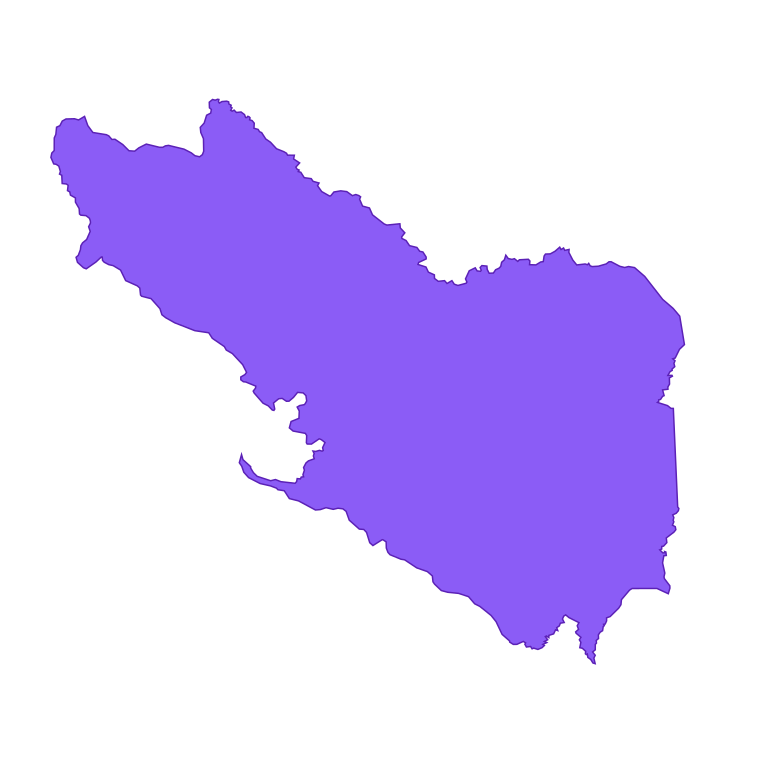 Norosi, Bolívar, Colombia, rotated 83°
{"feature_id": "7082276B10852217630154", "entity_name": "Norosi", "entity_type": "district", "adm_level": 2, "iso_a3": "COL", "parent_name": "Colombia", "parent_adm1": "Bolívar", "projection": "natural_earth1", "projection_center": [-74.124, 8.493], "detail": "fine", "context": "isolated", "style": "filled", "palette": "violet", "viewbox_px": 768, "rotation_deg": 83, "n_neighbors": 0, "source": "geoboundaries", "source_scale": "gbopen_adm2", "svg_char_len": 6118}
<svg xmlns="http://www.w3.org/2000/svg" viewBox="0 0 768 768"><g transform="rotate(83 384 384)"><path d="M81.9,648.6L84.7,655.0L83.0,658.9L82.2,667.4L83.8,671.3L88.1,674.2L89.2,677.7L96.3,679.3L99.6,681.3L112.1,682.9L114.3,685.6L118.5,687.0L125.3,685.0L126.0,682.6L128.1,680.2L133.7,679.3L136.1,680.5L137.6,678.4L145.8,679.0L146.8,674.8L148.3,673.3L153.5,674.6L155.0,672.5L158.3,672.2L161.7,667.6L165.9,668.1L172.7,665.2L178.2,665.5L179.5,664.3L180.6,659.2L183.6,656.2L186.3,655.6L188.4,655.7L191.9,658.0L196.7,657.0L204.3,661.5L207.2,666.0L209.8,668.0L213.8,669.0L219.1,671.8L220.7,674.2L225.9,673.4L232.0,668.1L233.4,665.5L227.8,655.0L223.5,649.1L223.7,648.2L227.0,648.3L229.0,646.9L232.0,642.6L233.5,638.4L238.8,631.6L249.9,627.8L256.5,616.9L259.0,614.7L266.0,614.8L267.4,613.8L270.9,604.8L281.9,597.2L288.2,596.0L291.7,592.5L297.8,584.2L308.0,565.3L311.8,551.7L317.8,548.8L327.4,537.9L331.1,536.4L335.3,530.8L347.6,521.9L355.7,519.0L357.7,520.9L359.6,525.3L362.4,525.6L364.6,523.3L365.2,520.9L370.5,511.5L372.4,512.0L375.1,514.7L377.1,514.0L388.3,506.4L391.6,501.5L396.2,498.1L396.8,496.5L395.6,495.5L389.4,496.0L385.8,490.3L385.9,486.8L389.2,483.0L389.5,480.4L386.3,475.5L381.8,470.8L383.0,465.3L386.0,462.9L391.4,462.8L393.9,464.6L394.8,465.7L395.1,470.3L396.3,473.0L400.5,471.4L407.7,472.6L409.9,480.8L416.0,483.3L419.6,480.0L423.4,468.1L425.7,467.0L432.8,468.2L434.2,467.6L434.8,463.3L430.5,455.0L431.6,453.0L434.9,449.7L439.7,452.7L442.6,452.4L443.1,453.7L442.0,456.1L442.6,460.0L441.9,462.7L444.5,461.8L446.8,462.9L449.7,462.3L451.1,468.4L452.8,471.0L457.1,474.0L459.8,473.5L464.1,475.5L466.3,475.1L466.3,477.5L468.0,478.5L467.3,481.7L470.2,482.6L471.7,484.3L468.4,498.2L465.6,503.4L466.2,508.3L460.2,521.1L456.1,524.4L451.2,526.6L449.8,526.4L441.9,533.2L436.7,534.0L444.5,537.2L448.4,535.2L454.5,533.9L460.4,529.8L467.7,519.1L471.3,509.1L474.3,503.4L476.0,502.2L477.8,496.0L486.2,491.9L489.6,483.1L500.7,467.4L500.9,462.5L499.7,456.6L502.2,449.7L501.7,444.8L502.9,440.0L505.8,437.1L514.9,435.1L525.0,426.2L525.9,421.8L529.2,419.4L539.8,417.5L543.0,414.7L538.3,404.7L538.7,403.7L541.0,401.1L547.1,401.7L551.6,400.6L554.2,398.8L560.0,388.5L561.0,385.0L570.5,373.9L575.5,363.8L580.4,359.4L586.3,359.5L588.8,358.2L596.0,352.3L598.5,346.1L600.9,335.5L605.4,326.0L613.2,320.8L616.4,316.0L626.8,305.9L633.6,301.7L646.9,297.3L654.3,290.7L655.5,290.7L658.2,287.4L658.6,283.8L656.5,277.1L658.2,275.0L659.5,275.9L662.4,274.7L662.4,270.5L664.9,269.3L664.4,267.6L666.2,263.6L665.0,259.3L663.1,256.7L661.8,258.1L660.5,254.0L659.1,256.2L657.8,252.7L654.4,254.7L653.9,253.5L655.8,251.3L653.6,251.0L652.7,246.1L648.9,243.7L649.9,241.6L646.9,242.3L645.5,239.5L642.9,238.1L642.7,234.2L639.0,235.5L636.3,233.9L635.3,231.8L638.4,228.9L644.6,219.6L647.5,221.7L651.2,220.8L653.4,224.0L654.8,223.7L659.4,219.4L661.7,221.3L664.3,220.1L669.6,221.8L670.5,219.3L673.9,216.4L676.3,217.0L677.2,216.2L676.8,215.1L680.2,215.0L682.6,212.4L686.4,210.6L687.3,208.5L681.6,209.1L679.0,207.4L675.4,209.6L673.6,206.7L668.2,206.0L667.1,204.7L664.4,204.6L662.8,202.1L659.1,201.8L656.7,199.7L655.5,197.1L651.5,196.0L650.7,194.8L649.3,195.3L649.2,193.7L646.2,191.9L643.2,191.6L642.4,187.9L635.1,178.4L631.9,175.7L627.0,174.6L618.5,165.4L617.2,162.7L620.2,138.0L626.8,127.4L621.5,125.1L619.1,124.9L611.4,129.4L609.6,129.6L605.9,128.3L595.5,129.3L588.6,127.2L588.6,124.7L585.1,124.7L584.5,125.9L585.7,125.8L585.6,127.8L582.2,130.5L581.7,128.5L579.1,128.1L579.0,126.3L575.9,122.6L571.2,122.6L566.3,114.2L564.2,112.1L561.1,112.3L559.3,114.9L556.1,113.1L554.5,113.6L551.9,112.6L549.1,113.4L547.9,109.7L545.7,107.3L543.5,106.5L541.8,107.5L443.5,99.8L443.1,102.2L440.0,105.2L435.6,114.8L434.7,113.4L433.2,113.3L433.0,111.4L430.2,109.0L429.7,107.4L423.8,108.2L423.8,102.8L421.5,102.6L418.9,100.6L412.7,100.0L411.4,96.8L410.5,97.1L410.1,101.2L406.6,98.6L405.6,96.3L404.3,96.3L402.2,93.3L398.8,93.7L396.4,92.3L394.2,94.3L393.7,91.8L385.6,86.5L381.5,81.0L352.7,82.2L344.2,87.8L334.0,97.1L309.0,112.1L299.0,121.1L297.2,127.0L297.7,130.9L295.9,135.6L290.3,143.7L290.1,145.8L291.9,148.8L293.2,156.9L292.8,163.1L291.8,165.0L289.2,166.1L290.4,167.5L289.4,169.7L289.3,178.2L284.0,181.5L275.9,184.5L273.0,183.9L273.4,188.3L270.9,189.2L272.1,191.9L269.6,192.9L273.1,198.1L275.1,203.1L274.7,207.9L276.5,209.5L281.9,211.0L282.0,213.7L284.3,218.7L283.3,225.0L279.7,224.2L277.8,225.5L277.2,234.5L278.6,236.3L275.5,239.3L275.9,241.8L274.6,245.4L271.0,247.4L275.4,249.4L277.5,252.4L281.5,253.8L283.1,255.8L284.2,259.3L287.2,261.9L286.9,266.1L282.9,267.6L279.5,267.5L278.4,272.4L280.1,274.4L282.9,273.6L283.9,274.5L283.1,277.8L279.8,279.3L282.0,285.6L289.6,290.3L292.9,289.3L294.0,290.2L295.2,298.6L293.5,302.1L289.7,304.0L291.9,309.2L288.8,311.3L288.7,317.6L285.4,321.0L281.8,320.7L278.4,326.3L273.0,328.1L269.5,335.7L267.6,334.8L265.0,326.9L263.1,326.7L257.7,329.3L256.6,332.4L252.5,334.7L249.8,341.8L244.3,344.6L241.7,348.5L240.1,348.5L236.5,344.9L231.1,348.8L226.9,348.7L226.6,361.8L225.2,364.3L214.7,374.8L207.5,377.0L204.8,383.6L197.6,385.7L195.4,384.4L193.9,386.0L192.5,388.9L193.2,392.4L188.5,397.5L187.0,403.4L187.3,410.3L190.7,413.9L190.8,415.1L185.4,422.4L179.1,425.8L176.6,424.0L174.2,429.7L171.3,431.2L169.5,438.0L163.7,440.8L162.7,443.2L161.3,442.2L160.3,444.0L158.0,445.1L154.3,440.8L149.6,446.3L146.0,445.1L145.1,451.9L143.1,452.6L141.2,455.1L137.4,462.0L130.2,467.2L126.4,471.5L119.6,474.8L118.4,476.8L116.0,477.9L114.3,481.9L109.3,481.0L106.5,482.8L105.4,485.2L103.5,484.5L102.5,485.2L101.7,486.5L102.8,487.7L102.6,488.9L99.6,489.6L96.6,492.7L96.5,497.4L93.9,499.4L94.7,501.4L93.7,502.8L91.4,501.2L90.2,502.5L88.7,501.7L87.2,503.8L85.0,503.8L84.1,505.7L83.9,510.4L85.1,513.2L83.6,513.9L81.5,513.2L81.1,514.4L81.7,517.0L80.7,519.5L83.0,523.1L88.6,523.6L90.5,521.9L94.0,523.0L95.6,527.3L103.1,530.7L106.9,535.1L112.0,535.2L118.5,533.3L131.0,534.6L134.2,536.3L136.0,539.3L134.4,543.8L131.1,547.1L126.5,553.9L120.9,568.8L121.0,572.0L122.1,574.7L121.7,578.0L116.9,590.7L119.7,598.5L122.5,603.1L121.4,608.7L114.5,614.1L108.3,621.2L108.1,624.3L104.2,626.9L102.7,629.2L98.9,642.3L91.4,646.5L81.9,648.6Z" fill="#8b5cf6" stroke="#5b21b6" stroke-width="1.5"/></g></svg>